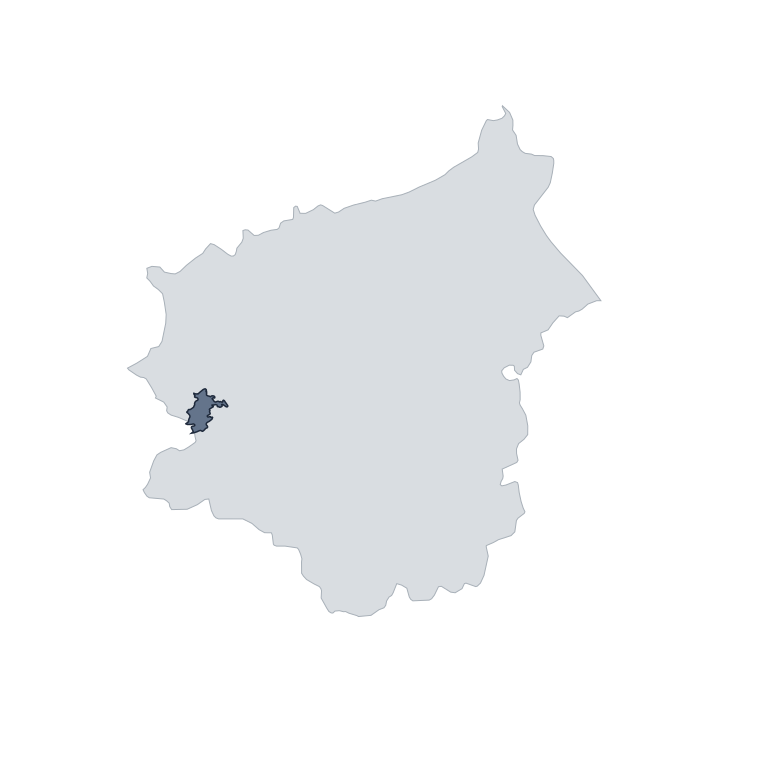 Chachersk, Gomel, Belarus (highlighted), rotated 149°
{"feature_id": "67162791B26710857863794", "entity_name": "Chachersk", "entity_type": "district", "adm_level": 2, "iso_a3": "BLR", "parent_name": "Belarus", "parent_adm1": "Gomel", "projection": "albers", "projection_center": [30.949, 52.928], "detail": "fine", "context": "in_parent", "style": "filled", "palette": "slate", "viewbox_px": 768, "rotation_deg": 149, "n_neighbors": 0, "source": "geoboundaries", "source_scale": "gbopen_adm2", "svg_char_len": 7373}
<svg xmlns="http://www.w3.org/2000/svg" viewBox="0 0 768 768"><g transform="rotate(149 384 384)"><path d="M595.7,529.7L585.2,529.2L572.5,529.5L565.5,534.5L557.8,532.1L552.3,534.9L539.8,548.5L534.9,555.8L530.2,567.1L527.3,575.4L528.8,581.3L531.1,586.7L531.6,592.5L532.7,597.1L529.6,600.5L527.7,605.3L522.4,604.4L515.9,599.7L514.6,593.0L509.6,588.3L506.3,585.9L500.9,585.5L492.1,587.5L480.7,589.0L472.1,589.3L467.4,591.6L460.4,593.7L457.8,590.9L454.1,583.3L451.1,575.7L449.1,572.3L447.2,571.3L444.9,571.5L442.2,573.8L440.1,576.2L432.8,578.8L429.6,581.4L425.9,588.2L423.6,587.7L421.3,586.0L418.8,578.2L415.1,576.2L409.1,575.9L401.7,574.0L395.8,571.5L393.5,571.9L389.8,575.1L385.9,575.4L377.5,572.1L375.8,573.4L370.5,581.7L368.2,582.0L366.9,580.9L368.0,573.5L363.2,570.6L354.8,569.8L348.9,570.6L346.1,570.2L344.7,568.6L338.2,555.8L334.4,554.8L327.6,555.1L317.7,553.0L306.4,549.5L300.2,548.1L297.0,545.1L290.0,543.7L271.4,537.1L263.7,535.6L252.4,534.7L235.1,532.2L223.9,532.0L218.6,533.3L212.6,533.9L191.9,533.5L184.4,534.2L182.0,536.6L179.1,542.1L169.6,551.2L160.7,557.0L159.1,557.4L154.6,553.4L150.7,551.9L146.0,551.0L142.6,551.8L140.3,553.2L139.8,560.9L139.2,561.5L136.5,552.1L137.6,543.9L140.2,539.4L143.0,535.5L142.7,529.1L146.0,520.9L146.6,514.9L145.9,512.2L144.2,509.0L139.2,505.1L137.2,502.2L130.3,498.0L123.6,492.9L122.7,490.1L123.3,488.3L124.8,485.7L131.1,478.1L137.8,470.9L141.9,468.1L162.8,460.0L166.2,456.8L167.6,450.9L168.4,438.8L168.3,427.7L167.6,419.9L165.2,405.3L158.0,374.8L155.2,343.7L158.9,345.9L168.1,347.5L175.6,346.1L179.4,346.2L182.7,347.2L192.6,346.4L194.7,349.4L198.8,352.2L207.6,349.5L215.5,345.9L223.2,347.0L224.5,345.0L227.4,334.3L229.9,332.2L239.1,334.0L242.7,332.3L246.7,327.3L252.4,324.4L257.0,324.8L262.0,321.4L264.2,324.1L265.0,328.6L263.1,332.1L263.7,333.6L266.9,335.6L272.6,336.0L276.3,334.7L277.3,332.7L277.5,329.0L276.9,325.5L274.7,322.3L270.3,320.5L267.2,320.2L266.8,318.2L268.2,314.3L271.5,307.0L275.4,300.4L277.7,298.0L278.2,295.7L278.1,291.6L278.5,284.2L282.3,274.1L286.9,266.6L292.5,264.5L299.3,263.6L303.8,260.2L306.2,256.1L308.4,249.6L310.6,248.4L326.5,250.2L329.3,243.7L330.8,241.9L333.9,240.1L336.2,237.9L335.5,236.0L331.5,234.6L322.1,233.0L320.3,230.7L321.0,228.1L324.0,221.4L327.0,212.7L328.6,205.9L329.0,201.9L330.4,200.9L338.2,200.0L340.8,198.8L348.0,189.9L353.1,188.6L366.0,191.6L372.0,191.8L379.5,192.8L380.2,191.9L383.3,182.8L396.8,168.5L403.8,163.7L408.2,162.7L409.7,163.1L416.3,171.1L417.9,171.5L422.5,168.4L430.5,168.4L434.0,171.2L439.0,181.0L441.7,182.2L449.5,177.1L453.8,175.4L456.6,175.5L471.0,183.3L472.0,185.7L472.0,188.5L469.6,197.2L472.5,202.6L475.9,206.3L483.6,200.4L486.4,198.8L489.4,198.8L493.5,196.7L496.5,193.4L499.3,192.2L504.6,193.1L514.3,192.4L525.6,197.8L526.5,199.4L532.1,205.6L534.1,208.7L536.0,209.7L539.0,212.7L543.0,214.6L545.8,214.0L547.2,215.0L548.4,217.4L548.5,221.4L548.1,232.9L544.0,239.0L543.5,241.1L543.7,243.6L546.9,248.6L551.1,256.3L552.0,260.8L552.1,264.2L546.3,274.0L544.4,276.4L543.1,281.2L542.4,286.2L542.8,288.2L552.4,296.1L559.6,300.4L561.2,302.4L561.3,303.7L557.5,312.2L557.2,314.5L562.9,318.0L566.1,323.5L569.0,332.5L574.5,341.1L595.2,353.5L597.0,355.8L597.7,358.5L597.1,364.4L593.4,375.7L597.0,377.3L606.1,376.7L617.2,378.0L630.7,385.7L630.8,389.2L629.5,392.5L630.5,395.9L632.0,398.8L643.8,407.4L645.0,410.0L645.3,414.3L645.0,417.5L641.8,418.2L638.3,419.8L632.5,423.7L630.3,429.1L621.0,436.7L615.1,440.2L610.5,440.4L599.3,439.1L595.4,435.5L593.7,432.1L589.4,430.6L583.7,430.6L575.9,431.2L574.3,432.2L573.0,436.4L569.7,443.4L567.4,447.4L577.4,461.3L582.5,467.0L584.2,470.5L584.1,473.0L581.7,476.0L582.1,481.9L587.1,489.7L585.5,490.9L585.1,500.5L585.2,510.8L586.6,513.3L589.2,515.3L591.5,519.0L595.4,527.5L595.7,529.7Z" fill="#d9dde1" stroke="#a8b0b8" stroke-width="1"/><path d="M574.3,452.0L574.3,451.7L573.8,451.2L573.5,450.7L573.0,450.3L572.4,450.0L571.6,449.5L570.8,449.0L569.9,448.6L569.3,448.4L568.6,448.2L567.8,447.8L567.3,446.9L567.3,446.2L567.9,445.8L569.0,446.0L569.9,446.5L570.8,446.5L571.4,446.1L571.7,445.5L571.7,444.7L571.8,443.8L571.8,443.0L572.0,441.8L572.1,441.2L572.7,440.8L573.1,441.2L574.3,441.0L573.5,440.7L572.2,440.1L570.7,439.8L569.1,439.4L567.1,439.2L565.3,438.8L564.6,437.9L564.2,437.1L563.7,436.9L562.9,436.9L561.5,437.2L561.4,437.2L560.3,437.6L559.8,437.7L559.2,437.7L558.2,437.5L557.7,437.7L557.4,437.9L557.2,438.3L557.1,438.8L557.1,439.6L557.3,439.9L557.3,440.4L557.2,440.9L556.9,441.4L556.5,441.7L556.2,441.9L555.5,442.1L554.6,442.1L553.1,442.0L552.1,442.1L551.3,442.2L550.5,442.3L549.7,442.4L549.2,442.7L549.0,443.0L548.6,443.2L548.2,443.5L548.2,443.9L548.7,444.2L549.2,444.4L549.6,444.7L549.6,445.3L550.0,445.7L550.9,446.0L551.2,446.0L551.8,446.3L552.1,446.7L552.1,447.3L551.7,447.8L550.8,447.8L549.9,447.8L549.1,447.7L548.4,448.0L548.1,448.4L548.0,448.9L548.0,449.5L547.9,449.9L547.6,450.4L547.1,450.6L546.9,450.8L546.8,451.3L546.9,451.7L546.7,452.2L546.3,452.4L545.8,452.4L544.7,452.4L543.1,452.4L542.2,452.4L542.0,452.5L541.9,453.0L542.1,453.3L542.5,453.8L542.4,454.3L542.3,454.5L541.5,454.2L541.0,453.8L540.3,453.5L539.1,453.2L538.5,452.6L538.2,452.3L538.0,451.9L538.1,451.1L538.4,450.7L538.3,450.3L538.0,450.0L537.6,449.9L537.4,449.6L537.2,449.2L536.8,448.7L536.1,448.4L535.8,448.3L534.7,448.3L534.2,448.4L533.9,448.8L533.9,449.1L533.7,450.0L533.2,450.0L532.7,449.4L532.4,449.0L532.2,448.3L531.7,447.4L531.5,446.8L531.3,446.3L530.9,445.7L530.5,445.3L530.4,445.2L530.0,445.2L529.5,445.3L529.2,445.6L529.1,446.1L529.1,446.6L529.2,447.4L529.2,448.1L529.2,448.7L529.3,449.2L529.4,449.9L529.4,450.6L529.4,451.4L529.5,452.0L529.8,452.7L530.4,452.8L530.8,452.6L531.1,452.2L531.4,451.8L531.8,451.7L532.2,451.9L532.6,452.3L533.1,453.1L533.9,453.3L534.4,453.5L534.5,453.9L535.0,454.6L535.6,454.9L536.5,455.1L536.8,455.1L537.4,455.2L537.9,455.5L538.4,456.2L538.6,456.7L538.6,457.3L538.6,458.0L538.6,458.7L538.9,459.1L538.9,459.6L538.7,460.1L537.9,460.1L537.2,460.0L537.0,459.6L536.5,459.3L536.3,459.3L535.8,459.8L535.7,460.3L535.8,460.9L536.1,461.4L536.5,461.8L537.1,462.2L537.7,462.5L538.4,462.6L539.0,462.5L539.5,462.6L539.7,463.0L540.0,463.5L540.9,464.3L541.7,465.5L541.8,466.0L541.6,466.4L541.1,466.9L540.9,467.2L540.9,467.7L540.5,467.9L540.2,468.4L540.0,468.9L540.4,469.2L540.2,469.7L539.5,470.1L539.3,470.6L539.4,471.2L539.8,472.0L540.9,472.3L541.7,472.4L542.8,472.3L543.6,472.1L544.5,472.0L545.4,471.9L546.5,471.7L547.0,471.6L548.2,471.3L548.7,471.3L549.1,471.8L549.7,472.0L550.3,472.3L550.7,472.7L551.3,473.3L551.7,474.0L551.9,473.9L552.1,473.3L552.2,472.6L552.1,472.0L552.1,471.2L552.6,471.0L553.0,470.4L552.8,469.9L552.3,469.3L551.8,468.9L551.3,468.4L551.1,467.9L551.1,467.3L551.2,466.8L551.5,466.4L552.1,466.1L552.6,466.1L553.2,466.2L554.2,466.2L554.9,466.0L555.5,465.6L556.3,465.0L556.7,464.4L557.0,463.7L557.7,463.2L558.2,463.0L558.4,462.9L558.7,462.5L559.0,462.3L559.6,462.1L560.2,462.1L560.9,462.0L561.5,462.0L561.9,462.0L562.5,461.9L563.5,462.0L563.9,462.3L564.2,462.6L564.6,462.7L565.1,462.6L565.6,462.3L565.9,462.0L566.1,461.8L566.7,461.8L567.2,461.7L567.5,461.4L567.6,461.1L567.3,460.6L567.2,460.1L567.0,459.7L566.9,459.0L566.8,458.3L566.7,457.8L566.7,457.2L566.9,456.5L567.1,456.1L567.5,455.6L568.1,455.2L568.7,454.8L569.3,454.4L569.8,453.9L570.2,453.5L570.4,453.2L570.6,452.9L570.8,452.5L571.1,452.3L571.6,452.2L572.2,452.2L572.8,452.1L573.2,452.1L573.6,452.1L574.3,452.0Z" fill="#64748b" stroke="#1e293b" stroke-width="1.5"/></g></svg>